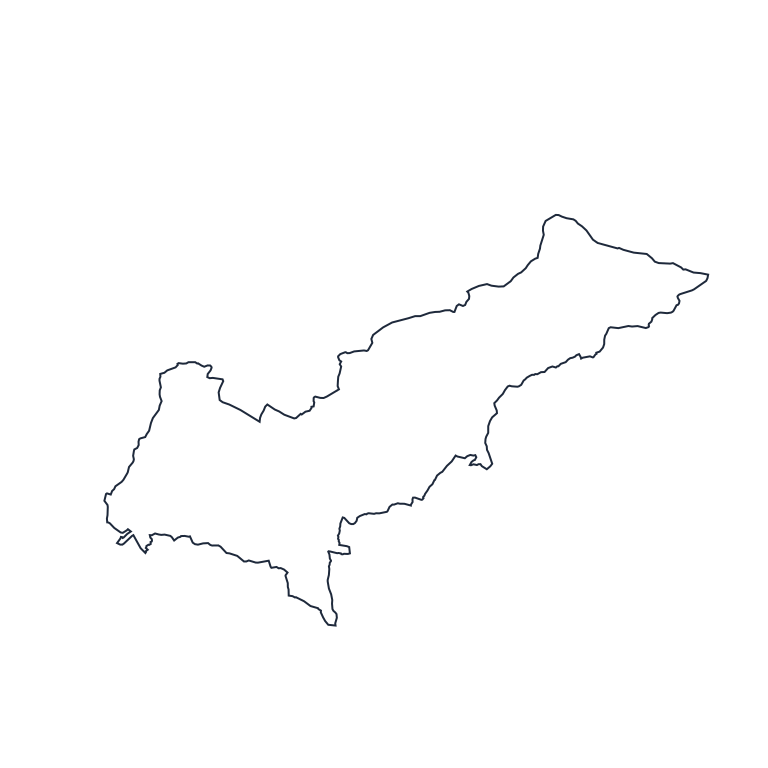 outline of Tomesti, Hunedoara, Romania, rotated 41°
{"feature_id": "2599482B69537479715254", "entity_name": "Tomesti", "entity_type": "district", "adm_level": 2, "iso_a3": "ROU", "parent_name": "Romania", "parent_adm1": "Hunedoara", "projection": "robinson", "projection_center": [22.675, 46.258], "detail": "fine", "context": "isolated", "style": "outline", "palette": "slate", "viewbox_px": 768, "rotation_deg": 41, "n_neighbors": 0, "source": "geoboundaries", "source_scale": "gbopen_adm2", "svg_char_len": 6159}
<svg xmlns="http://www.w3.org/2000/svg" viewBox="0 0 768 768"><g transform="rotate(41 384 384)"><path d="M314.8,668.1L314.6,667.0L313.9,666.6L314.4,664.1L311.8,664.0L311.6,663.0L311.0,662.1L311.7,659.8L312.3,659.5L312.9,657.8L311.5,656.4L312.0,655.4L311.8,654.6L310.5,653.4L308.4,653.2L306.4,651.7L308.0,650.5L309.3,647.0L312.8,645.3L314.9,644.0L317.2,641.6L322.4,638.8L324.4,638.8L328.3,639.8L329.2,635.1L330.6,632.9L330.6,631.9L333.3,629.4L336.9,627.3L337.5,626.3L343.7,629.2L346.4,628.9L349.0,627.3L352.0,623.0L355.6,619.5L358.6,619.4L360.2,618.7L364.9,614.5L367.4,614.0L376.0,614.9L378.5,613.2L386.0,610.0L394.8,609.8L396.5,608.3L397.7,605.9L404.4,602.9L406.1,601.5L412.9,593.0L418.3,596.3L419.6,596.6L422.9,592.6L425.4,592.2L426.8,590.7L430.3,589.6L434.9,589.6L435.2,592.9L435.5,593.4L442.0,597.4L444.6,600.3L446.8,601.7L450.9,606.2L454.2,604.1L456.9,603.5L457.4,602.7L466.2,600.4L474.2,599.8L481.3,596.5L482.2,596.9L485.1,596.4L486.1,597.8L491.2,600.1L495.1,601.5L499.9,602.3L505.9,598.1L504.2,596.6L501.8,591.4L499.1,588.8L497.2,588.4L494.7,588.4L492.8,587.7L488.9,583.9L486.7,581.0L482.1,577.4L476.6,574.5L471.2,570.1L470.1,568.9L467.7,564.3L464.1,559.5L462.0,557.7L461.6,556.2L460.3,554.4L460.2,552.6L459.9,552.1L457.7,551.3L454.7,548.5L451.9,547.1L451.9,546.6L453.3,545.7L459.7,542.4L460.5,541.4L462.7,540.1L463.5,540.4L464.6,539.6L465.2,538.4L468.2,536.0L469.4,534.2L464.7,529.9L462.3,530.8L455.8,534.8L454.7,533.1L453.0,532.4L452.2,531.3L450.9,531.0L449.9,529.3L448.7,528.7L448.3,526.3L446.8,523.6L445.3,522.5L444.3,520.1L442.6,517.9L440.4,511.8L441.9,511.1L449.1,511.9L451.2,511.2L452.7,509.9L453.3,508.0L453.1,505.2L451.6,502.5L452.4,499.5L454.8,494.8L456.3,493.8L456.4,492.8L457.2,491.6L461.7,488.5L462.8,486.8L465.4,484.6L470.0,478.6L470.1,477.7L468.8,473.1L469.4,469.5L470.7,468.4L472.7,464.9L474.3,464.1L478.0,461.0L484.0,458.1L483.5,457.5L483.0,454.3L481.1,452.3L480.5,450.7L481.9,449.4L488.2,446.9L488.8,446.1L488.7,444.2L487.9,443.9L487.6,443.3L487.8,441.9L487.1,440.0L486.7,435.9L485.8,431.7L486.3,427.9L485.1,423.5L485.4,423.0L484.1,418.3L484.8,414.1L485.6,412.0L485.2,404.5L485.9,398.0L485.0,391.0L486.9,390.6L493.7,387.0L494.2,383.8L495.7,380.9L498.4,379.4L499.6,377.8L501.7,378.7L502.4,381.8L501.7,382.8L501.2,385.4L501.9,388.9L502.9,388.3L504.2,385.9L507.3,384.2L507.9,382.6L509.4,381.2L511.7,381.8L517.5,380.9L518.2,376.4L518.0,373.2L508.3,367.5L504.9,366.1L502.4,363.6L499.1,362.1L496.7,358.9L495.7,356.7L494.7,352.5L490.3,347.4L488.3,342.4L487.5,338.2L488.4,331.9L486.4,330.0L481.7,327.7L479.8,326.1L480.1,322.3L479.8,318.8L480.2,313.6L479.3,309.2L479.0,304.7L479.9,302.9L481.8,302.0L486.5,298.5L487.3,297.3L488.1,294.6L487.1,289.7L487.5,288.0L487.6,285.5L488.7,282.2L489.7,279.9L491.3,278.6L491.6,277.3L493.3,276.0L494.7,272.1L497.3,269.6L497.4,264.3L499.6,260.3L502.9,258.8L503.2,256.9L504.0,256.2L504.2,252.8L506.8,248.3L506.9,244.9L507.6,242.3L509.1,240.4L510.2,238.0L510.3,236.1L511.6,233.5L514.5,234.5L516.1,235.5L516.7,233.8L521.3,228.0L524.2,226.9L524.5,226.3L524.2,223.1L524.6,221.8L523.7,221.1L525.5,218.1L525.4,212.8L524.0,209.4L521.1,206.0L519.1,202.4L518.9,200.4L517.0,194.4L517.8,192.5L524.2,188.1L530.4,179.9L533.5,177.9L537.4,173.9L544.9,170.0L546.3,167.5L546.1,166.5L545.0,165.8L544.4,164.7L544.9,161.5L544.0,159.2L543.2,158.3L543.6,153.8L544.6,150.2L545.9,148.6L551.2,144.8L553.7,141.9L554.4,140.2L554.5,138.8L553.1,132.6L553.9,131.4L553.8,129.7L552.5,127.4L549.4,126.3L548.1,125.5L547.9,124.8L548.1,122.9L548.6,121.8L555.0,111.3L555.9,109.1L559.5,94.8L558.7,91.9L556.9,88.8L550.1,92.7L544.5,96.8L536.4,99.6L534.8,101.3L531.7,101.1L522.8,103.2L521.0,105.4L512.0,112.5L508.1,114.0L503.7,113.3L497.0,113.5L486.3,121.0L476.6,125.7L472.1,127.1L471.4,128.4L452.7,137.4L447.0,138.0L436.0,135.3L429.9,135.1L425.1,135.7L421.6,135.1L418.9,135.5L413.0,139.1L408.4,141.0L405.0,141.9L402.7,143.7L399.0,154.9L400.8,160.8L403.4,164.0L406.7,166.6L411.2,177.0L412.9,179.5L415.0,184.6L417.2,188.0L415.9,190.2L414.4,195.0L414.5,200.0L415.0,203.6L414.3,209.8L412.9,212.9L411.8,218.7L412.2,223.2L410.3,231.8L406.6,235.3L400.6,239.3L396.2,241.0L391.3,247.7L387.8,254.8L386.2,259.6L387.9,259.8L390.7,261.7L392.3,264.0L392.3,268.0L393.4,271.1L392.4,273.3L388.3,274.7L387.7,277.4L389.9,283.4L389.0,284.2L385.3,285.1L381.8,288.3L378.6,293.0L375.3,296.1L371.7,300.4L366.9,308.9L363.0,312.3L359.3,318.3L349.8,332.2L346.2,341.8L343.6,354.1L344.9,358.3L348.2,360.6L349.8,369.0L349.3,370.4L346.9,371.8L340.1,379.0L337.8,383.2L336.1,384.8L334.3,385.1L333.8,385.6L331.4,390.1L331.2,393.2L331.8,393.9L334.8,395.4L336.9,395.1L337.6,398.1L340.2,398.9L343.6,405.2L344.7,408.5L346.9,411.5L350.4,416.0L353.5,417.6L349.1,431.0L347.6,434.2L345.0,436.3L340.4,438.6L340.0,439.7L340.1,440.7L342.2,443.2L343.4,443.6L345.6,447.1L344.2,448.8L345.0,449.7L345.4,453.0L342.9,456.4L341.9,461.0L340.7,461.2L340.0,467.3L338.8,468.9L328.9,472.6L322.9,473.5L318.4,474.9L309.4,476.0L309.2,479.0L310.6,483.0L311.4,487.5L312.7,490.9L314.9,494.1L292.7,497.8L280.7,501.0L274.2,503.6L270.5,503.9L264.7,498.8L262.8,494.4L260.8,487.3L259.1,486.4L250.8,491.7L248.6,494.0L246.1,494.7L244.4,492.1L244.2,487.6L243.2,484.8L242.3,484.2L240.6,484.1L238.7,485.7L237.0,488.9L234.2,489.8L230.1,490.4L229.6,491.1L227.2,491.4L222.1,495.9L221.3,498.2L218.9,500.6L215.3,503.0L214.9,504.3L215.9,505.0L215.8,508.2L211.5,515.9L210.9,519.6L208.5,523.2L210.5,525.2L211.2,527.4L212.4,528.8L217.8,532.9L218.9,535.9L221.4,539.0L223.3,540.6L227.4,542.8L228.9,547.5L231.1,551.3L231.9,561.3L233.7,566.3L237.4,573.4L237.8,577.5L238.6,580.7L235.8,584.9L235.4,586.3L236.6,588.6L238.9,591.0L239.7,594.2L238.5,597.2L239.3,598.8L241.8,602.8L244.6,604.9L245.5,606.5L245.9,608.1L246.0,613.9L248.6,618.9L248.9,620.3L250.2,627.3L250.2,630.0L248.4,637.4L249.3,640.4L249.0,643.1L250.3,646.7L246.7,648.3L246.4,649.4L249.6,655.6L254.7,656.7L256.2,658.0L261.4,664.4L263.2,667.4L265.9,670.0L266.7,669.4L268.5,669.0L274.9,669.6L282.7,668.8L284.5,667.7L285.9,663.1L286.0,661.6L289.7,661.4L288.6,665.5L288.2,670.7L287.8,671.6L287.0,671.3L285.8,672.0L286.4,673.4L286.9,679.2L290.2,678.3L291.9,676.9L292.4,675.0L293.5,663.9L294.0,662.5L308.1,667.6L314.8,668.1Z" fill="none" stroke="#1e293b" stroke-width="2"/></g></svg>